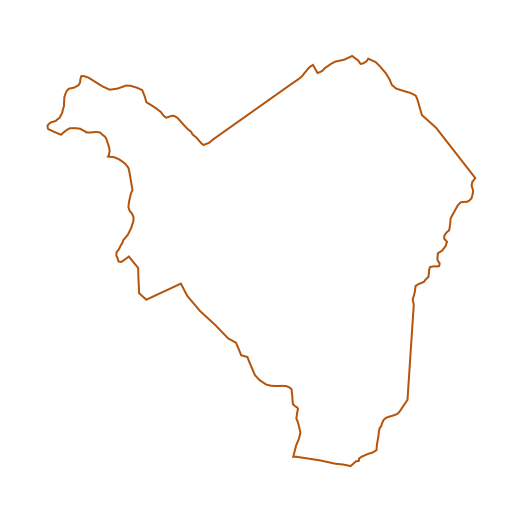 Batangafo, Ouham, Central African Republic, rotated 183°
{"feature_id": "33826404B19230963390716", "entity_name": "Batangafo", "entity_type": "district", "adm_level": 2, "iso_a3": "CAF", "parent_name": "Central African Republic", "parent_adm1": "Ouham", "projection": "robinson", "projection_center": [18.084, 7.412], "detail": "fine", "context": "isolated", "style": "outline", "palette": "amber", "viewbox_px": 512, "rotation_deg": 183, "n_neighbors": 0, "source": "geoboundaries", "source_scale": "gbopen_adm2", "svg_char_len": 3370}
<svg xmlns="http://www.w3.org/2000/svg" viewBox="0 0 512 512"><g transform="rotate(183 256 256)"><path d="M66.0,280.2L69.0,283.2L69.0,286.2L67.0,289.4L64.4,291.9L63.8,297.4L63.6,303.8L57.3,316.9L54.5,320.3L51.9,320.8L48.0,321.2L45.8,322.6L43.8,324.9L42.8,329.5L42.6,332.5L44.4,337.8L43.8,341.4L41.1,345.3L82.9,393.5L97.7,405.4L103.1,421.0L104.8,424.4L108.2,426.1L111.4,427.2L112.4,427.4L119.1,429.0L125.0,430.6L129.4,434.1L131.6,438.9L135.9,445.3L142.6,452.3L146.5,455.8L154.2,458.9L155.0,457.7L155.8,456.2L159.2,453.9L161.4,453.3L162.0,453.7L164.1,456.5L170.5,460.8L177.8,456.8L181.3,455.8L187.0,454.3L191.1,451.8L197.7,446.7L198.2,445.7L199.4,444.5L201.2,443.3L204.1,441.9L209.1,449.8L212.0,447.8L214.3,445.2L216.0,442.7L217.7,440.5L219.3,438.1L221.9,435.6L230.2,429.2L304.8,370.3L306.0,369.2L309.0,366.4L314.3,364.1L316.5,365.7L321.4,370.8L325.8,374.2L327.2,376.5L331.5,379.7L335.5,383.6L339.3,387.5L341.8,390.0L345.4,391.7L348.0,391.4L351.3,390.0L352.9,389.4L355.7,391.4L358.7,394.9L362.8,397.8L368.4,401.1L373.5,403.8L375.3,409.1L378.3,415.7L383.6,417.8L390.1,419.4L394.7,419.4L402.8,416.0L410.7,414.4L418.1,417.3L432.7,425.4L437.5,426.7L439.8,426.5L440.6,423.5L440.8,419.9L442.2,417.3L445.0,415.5L446.0,414.8L451.7,413.2L453.7,410.9L454.9,407.5L455.7,404.5L455.7,400.1L455.7,397.6L455.5,396.2L456.5,392.1L457.1,388.7L458.7,385.2L459.5,383.6L461.8,381.8L463.0,380.4L465.4,379.5L467.6,378.8L469.6,377.2L470.9,375.6L470.9,374.2L470.5,372.4L469.6,371.5L468.4,371.2L465.4,369.9L457.1,366.9L454.7,369.2L451.3,372.2L448.6,373.8L446.0,374.0L442.4,374.2L437.7,373.8L436.9,373.1L433.5,371.7L432.1,370.6L428.2,370.6L422.4,371.5L418.3,371.2L416.1,369.4L412.9,367.1L411.5,364.8L411.1,363.7L409.2,359.1L408.2,356.1L407.6,353.1L408.0,350.8L408.2,349.0L409.0,347.6L406.2,347.4L402.6,347.2L401.3,346.7L397.7,345.3L393.9,343.0L391.4,341.2L388.0,337.3L386.6,332.3L382.8,315.3L384.2,311.8L384.8,308.4L385.6,303.8L386.0,298.3L384.6,294.6L382.1,291.9L380.3,288.2L380.3,284.3L382.1,277.4L383.2,274.9L385.0,270.8L386.2,269.0L389.4,264.8L390.4,261.4L391.6,259.6L393.2,255.7L395.5,252.4L395.5,249.2L394.1,246.5L393.0,243.3L390.4,243.0L389.2,243.7L382.9,248.8L373.0,237.8L372.6,231.6L370.8,212.8L363.3,206.6L329.6,224.5L322.5,212.5L308.8,197.9L292.9,184.8L279.7,172.4L271.4,168.3L268.4,162.1L265.6,156.1L259.3,154.7L257.3,150.2L250.8,136.9L246.0,132.3L242.2,130.0L238.9,128.1L233.9,127.2L229.2,127.2L222.8,127.7L219.1,127.7L215.7,126.5L213.5,124.7L213.1,122.0L212.5,118.5L211.9,113.2L211.3,109.8L209.0,108.0L206.8,106.8L206.0,105.2L206.6,102.7L207.2,95.8L205.6,92.4L204.2,88.2L202.4,82.0L203.6,75.6L206.0,69.0L208.3,57.4L205.4,57.7L205.1,57.6L194.7,56.6L181.7,55.3L165.8,52.7L165.2,52.7L157.8,52.3L152.0,51.4L150.5,51.2L145.4,56.2L142.6,56.8L142.5,59.1L139.7,61.3L137.9,62.1L135.5,63.4L132.5,64.7L129.5,65.7L126.4,67.8L125.5,68.5L125.4,73.2L125.0,77.0L124.4,81.6L124.1,86.7L123.5,90.5L122.2,92.4L121.4,95.4L120.1,98.8L117.9,101.1L114.2,102.7L111.6,103.5L106.9,105.5L105.0,107.4L103.2,110.1L102.3,111.8L97.2,120.3L95.9,215.8L97.1,220.1L97.1,221.7L96.1,225.2L95.5,228.6L95.3,231.1L95.1,234.3L92.7,236.2L88.9,238.0L86.8,239.1L85.4,241.4L82.8,244.0L82.6,245.6L82.4,248.8L82.4,251.1L81.6,254.1L80.2,254.5L77.7,255.0L74.7,255.0L72.7,255.4L72.3,257.0L72.3,258.4L74.1,260.7L74.7,262.1L74.5,268.3L70.5,271.0L69.2,272.9L67.2,275.8L66.0,280.2Z" fill="none" stroke="#b45309" stroke-width="2"/></g></svg>